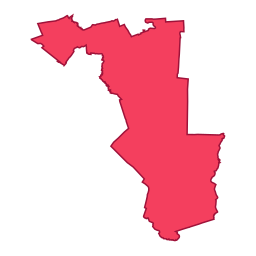 the district of Corbu, Olt, Romania
{"feature_id": "2599482B79364764988142", "entity_name": "Corbu", "entity_type": "district", "adm_level": 2, "iso_a3": "ROU", "parent_name": "Romania", "parent_adm1": "Olt", "projection": "orthographic", "projection_center": [24.699, 44.468], "detail": "fine", "context": "isolated", "style": "filled", "palette": "rose", "viewbox_px": 256, "rotation_deg": 0, "n_neighbors": 0, "source": "geoboundaries", "source_scale": "gbopen_adm2", "svg_char_len": 5660}
<svg xmlns="http://www.w3.org/2000/svg" viewBox="0 0 256 256"><path d="M202.1,222.9L214.0,219.2L213.9,218.7L213.7,218.4L213.8,217.9L213.7,217.2L213.9,217.1L213.8,216.8L213.6,216.7L213.6,216.0L213.7,215.7L213.9,215.5L213.8,215.2L214.2,214.9L214.1,214.6L214.4,214.2L214.7,214.3L214.9,214.1L214.9,213.9L214.7,214.0L214.8,213.8L215.2,213.5L215.4,213.2L216.0,213.0L217.5,212.1L217.4,211.3L217.0,210.9L215.8,208.4L215.5,207.2L215.5,206.3L215.8,204.7L216.1,200.6L215.7,199.7L217.2,198.4L217.7,197.7L217.5,196.9L216.2,194.8L215.6,192.9L215.4,192.0L214.5,189.8L214.5,188.5L215.3,186.0L215.9,184.6L214.2,183.4L211.9,182.3L211.1,181.6L210.9,181.3L210.8,180.2L210.9,179.6L211.5,178.3L211.8,178.1L211.9,177.4L213.9,176.0L214.6,175.1L214.9,174.2L215.1,172.8L214.3,171.9L214.3,171.2L215.8,170.9L216.2,170.6L217.3,168.6L217.7,168.3L217.9,167.9L218.6,165.4L218.8,163.2L219.9,162.6L219.0,162.1L219.4,161.7L219.8,160.4L219.8,159.8L219.5,159.5L219.2,159.5L218.8,160.4L218.2,159.6L218.7,158.9L217.9,157.7L218.0,156.3L217.7,155.6L217.7,154.7L217.5,154.0L218.0,153.1L218.3,151.4L218.8,150.8L220.0,148.2L219.9,147.4L219.0,145.7L219.3,145.4L219.4,144.7L219.9,144.3L220.0,143.8L221.0,141.9L222.0,140.6L222.2,139.8L222.1,138.7L222.7,138.3L223.5,138.5L223.9,138.1L224.6,136.0L223.4,134.8L223.3,134.5L223.7,133.7L223.3,133.4L221.1,134.0L220.1,134.8L218.9,135.0L197.4,134.4L194.6,134.6L187.1,134.5L187.6,101.6L187.5,89.1L188.2,79.0L177.2,77.7L177.3,74.6L177.4,74.0L178.0,73.2L178.5,67.2L178.9,59.1L179.3,54.4L180.1,37.9L180.6,37.7L180.1,34.7L179.8,34.1L179.8,33.0L180.4,31.7L180.7,31.6L183.9,31.7L183.8,29.0L183.9,28.0L183.5,20.8L165.7,21.9L165.5,18.3L155.8,19.1L153.3,19.2L152.1,18.9L145.9,18.9L145.3,19.9L145.2,20.3L145.4,21.7L145.7,22.2L147.5,23.0L148.1,22.9L149.1,22.3L151.9,22.2L152.5,22.4L153.2,23.1L153.1,24.2L153.3,25.1L153.7,25.7L155.1,26.8L155.4,27.3L155.4,28.0L154.5,28.5L150.2,28.2L148.6,29.1L148.2,30.5L144.0,31.9L144.1,31.1L144.5,30.2L143.2,30.1L143.5,32.1L140.6,33.2L140.8,33.8L138.5,34.9L138.1,34.2L131.4,36.7L130.6,34.9L129.3,33.2L128.0,30.6L125.3,26.8L124.3,24.5L119.7,26.4L117.4,19.3L116.9,19.6L115.6,19.6L114.7,20.4L113.4,21.1L112.0,20.8L110.5,21.5L105.8,22.4L104.9,22.7L101.5,23.2L98.4,24.0L97.3,24.1L96.4,24.4L95.5,25.0L92.7,24.7L92.3,25.0L91.4,26.4L90.7,27.2L84.2,29.9L83.1,30.0L82.9,29.7L82.2,29.6L82.0,28.6L81.7,28.5L81.1,28.8L80.7,28.1L80.7,27.5L79.6,27.7L78.9,26.9L78.6,26.9L78.5,26.2L77.6,26.2L77.3,25.9L77.3,25.4L77.7,24.9L77.5,24.4L77.9,24.1L77.9,23.7L77.6,23.4L77.5,23.0L76.8,23.1L76.6,22.7L76.2,22.4L75.1,22.2L74.5,22.6L74.1,21.9L73.9,21.8L73.8,22.2L73.6,22.2L73.0,21.3L71.9,21.2L71.9,20.9L72.3,20.6L72.3,20.4L71.9,19.4L71.3,18.8L71.9,18.1L71.7,17.2L72.5,16.5L72.4,15.7L72.5,15.4L69.9,17.2L69.1,18.4L68.3,17.4L67.6,15.9L67.2,15.6L63.5,17.9L59.6,19.3L58.8,19.9L57.6,20.1L55.8,20.9L47.8,21.9L37.8,23.6L41.3,32.2L42.0,33.5L42.6,35.3L31.4,39.3L31.6,39.8L37.8,43.6L40.6,43.4L42.0,44.2L43.8,46.1L41.9,47.7L59.4,61.6L57.8,61.6L58.5,62.2L59.5,62.3L64.0,65.1L64.1,65.5L65.8,63.6L66.3,62.7L66.2,62.4L65.9,62.3L66.0,62.1L68.5,58.6L69.4,57.3L69.8,57.2L71.3,55.4L73.7,51.8L73.9,51.4L73.4,50.3L74.1,48.8L74.4,48.4L76.4,47.5L77.4,46.8L78.0,47.3L79.7,47.8L81.8,46.4L83.5,46.7L84.7,46.1L86.1,45.1L86.4,47.2L86.4,48.6L86.8,53.0L87.5,53.0L87.6,53.6L88.7,54.2L90.9,54.4L90.7,53.1L91.2,53.0L93.2,53.3L94.1,53.2L95.3,53.8L96.4,53.6L98.7,53.9L101.5,53.7L101.8,53.8L102.4,54.3L102.4,55.5L102.9,55.5L103.2,55.8L103.4,57.2L102.7,57.4L102.7,57.6L103.0,58.0L102.6,58.3L102.7,58.9L102.2,59.0L101.8,59.9L102.5,60.2L103.1,60.0L103.5,60.2L103.7,60.4L103.9,61.6L103.4,62.0L103.2,62.9L102.8,63.0L102.2,63.6L102.1,64.0L102.3,65.4L101.9,65.9L101.8,66.2L102.0,66.7L102.2,66.9L102.1,67.3L102.3,67.5L102.1,67.8L102.1,68.3L102.5,68.5L102.3,68.9L101.7,69.2L101.8,69.9L101.5,70.4L101.7,70.7L102.5,70.8L102.4,72.2L102.6,73.1L101.8,73.2L102.4,74.7L102.1,74.9L101.4,74.7L100.9,75.0L100.7,75.3L100.9,76.2L100.8,76.5L100.4,76.4L100.0,76.8L99.6,76.8L99.9,77.4L99.9,78.2L101.1,78.7L101.4,79.6L102.4,80.0L102.8,81.1L103.5,81.5L103.8,82.0L104.1,82.1L104.4,81.7L104.9,81.7L105.4,82.6L105.0,82.8L105.0,83.2L106.2,83.6L106.6,84.3L106.4,84.4L106.4,84.7L106.9,85.1L106.9,85.3L106.3,85.3L106.6,85.9L107.3,86.1L107.6,85.0L108.0,85.0L108.4,85.8L108.2,86.2L108.2,86.6L108.8,86.6L108.2,87.6L108.2,88.2L108.7,89.3L108.3,90.1L108.7,90.4L109.8,90.1L109.5,90.5L110.5,90.8L110.5,91.1L109.8,91.3L109.9,91.6L110.7,91.7L110.8,91.9L110.8,92.6L110.4,92.7L110.4,92.9L111.5,93.3L112.7,93.3L114.7,93.9L117.5,94.4L118.2,95.9L121.5,99.3L121.1,99.4L120.6,99.8L119.6,99.9L119.8,101.4L125.2,118.2L126.0,119.9L126.3,121.6L128.6,128.4L124.4,132.0L118.4,138.0L113.7,142.2L110.9,146.2L127.3,162.6L133.2,167.0L144.3,178.9L142.3,182.1L145.0,183.8L147.8,186.2L148.5,187.2L148.8,188.6L148.7,190.6L148.1,192.8L147.4,194.5L147.2,196.7L146.5,199.9L144.6,207.6L146.3,208.4L143.6,216.2L143.7,216.9L144.7,217.9L145.2,217.9L146.2,218.6L146.9,218.6L147.2,218.1L148.2,218.1L149.2,221.0L149.6,221.4L150.9,221.9L151.6,222.3L152.2,222.4L153.2,223.1L153.3,223.5L152.9,224.2L153.1,225.5L152.7,226.2L152.7,226.5L154.8,229.1L156.9,230.1L159.0,230.7L159.5,231.3L159.6,232.3L159.4,232.9L158.8,233.2L158.7,233.4L159.2,234.2L160.0,236.0L160.7,236.7L162.0,237.7L163.0,237.7L163.5,238.6L166.6,238.9L166.7,239.4L167.0,239.6L168.3,239.6L168.9,239.0L169.4,239.9L171.1,239.8L171.2,240.0L173.1,240.1L172.9,239.8L173.1,239.8L173.5,240.3L175.0,240.6L175.8,240.3L175.9,239.9L176.4,240.2L176.8,240.1L178.8,238.0L179.3,237.1L179.4,236.6L179.3,235.8L179.1,235.3L178.2,234.4L177.3,233.9L177.1,233.4L177.3,233.0L177.3,232.6L177.1,232.2L175.7,231.5L181.9,229.4L188.0,227.5L189.4,227.2L190.2,226.8L199.1,224.0L202.1,222.9Z" fill="#f43f5e" stroke="#9f1239" stroke-width="1.5"/></svg>